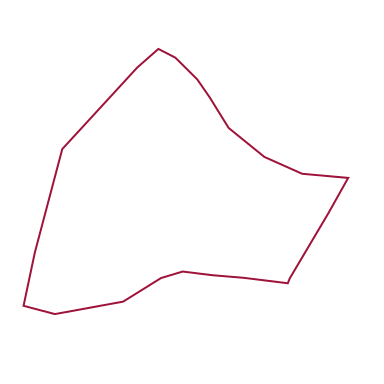 33, Ad Dawhah, Qatar (Albers equal-area conic projection), rotated 277°
{"feature_id": "91078587B4294922321935", "entity_name": "33", "entity_type": "district", "adm_level": 2, "iso_a3": "QAT", "parent_name": "Qatar", "parent_adm1": "Ad Dawhah", "projection": "albers", "projection_center": [51.491, 25.326], "detail": "fine", "context": "isolated", "style": "outline", "palette": "rose", "viewbox_px": 384, "rotation_deg": 277, "n_neighbors": 0, "source": "geoboundaries", "source_scale": "gbopen_adm2", "svg_char_len": 491}
<svg xmlns="http://www.w3.org/2000/svg" viewBox="0 0 384 384"><g transform="rotate(277 192 192)"><path d="M328.0,139.5L308.9,122.5L218.8,58.0L112.9,43.4L59.9,38.8L59.0,38.8L58.5,38.7L54.1,70.7L74.8,137.0L102.8,171.7L111.9,192.4L111.9,222.3L113.1,253.3L113.1,298.2L115.0,298.7L118.3,299.6L187.7,330.0L224.8,345.2L225.0,345.3L223.5,299.1L235.6,259.6L260.0,220.6L288.0,198.1L304.4,183.5L323.3,159.1L329.9,141.2L328.9,140.3L328.0,139.5Z" fill="none" stroke="#9f1239" stroke-width="2"/></g></svg>